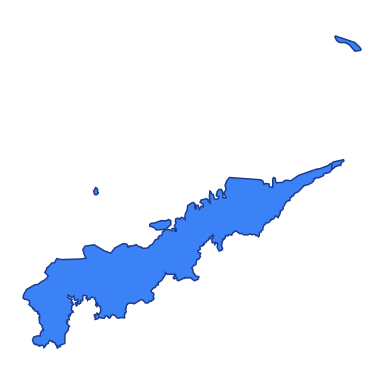 outline of Macuata, Northern, Fiji
{"feature_id": "14151628B42533076410957", "entity_name": "Macuata", "entity_type": "district", "adm_level": 2, "iso_a3": "FJI", "parent_name": "Fiji", "parent_adm1": "Northern", "projection": "robinson", "projection_center": [179.331, -16.232], "detail": "fine", "context": "isolated", "style": "filled", "palette": "blue", "viewbox_px": 384, "rotation_deg": 0, "n_neighbors": 0, "source": "geoboundaries", "source_scale": "gbopen_adm2", "svg_char_len": 5952}
<svg xmlns="http://www.w3.org/2000/svg" viewBox="0 0 384 384"><path d="M60.4,346.6L60.1,345.2L64.8,343.5L65.0,334.2L68.2,330.0L68.4,327.8L69.5,326.2L66.7,323.3L67.7,322.1L66.7,321.5L67.3,321.0L67.3,320.0L69.4,319.7L68.7,316.5L70.3,315.7L70.2,314.8L69.4,314.7L70.7,314.1L72.0,312.4L73.3,312.1L72.6,310.7L71.6,310.6L71.3,309.4L71.9,306.9L71.4,306.2L73.8,304.3L71.6,302.9L72.4,302.5L71.6,301.2L72.0,299.4L71.1,299.6L67.9,297.4L68.3,294.9L71.4,297.6L73.9,296.0L74.1,298.9L74.9,300.4L77.9,299.4L78.1,301.5L75.4,302.8L76.4,305.9L77.1,305.6L77.0,303.4L79.2,304.1L80.9,302.8L80.5,301.3L81.0,300.4L82.5,300.8L83.0,299.4L82.7,296.4L83.4,295.3L86.9,295.9L87.0,296.8L86.0,297.7L86.2,298.8L87.4,299.0L87.7,300.3L88.6,299.0L89.6,299.4L91.7,297.0L94.8,298.1L94.7,299.3L95.7,300.0L96.0,302.6L96.7,302.8L96.1,303.8L96.9,303.8L95.8,304.6L95.7,305.4L96.6,305.3L97.0,306.4L97.8,304.9L100.3,306.9L100.8,310.0L100.2,312.7L98.9,313.9L98.6,315.4L97.0,313.1L95.8,314.7L94.4,314.7L94.4,316.2L95.4,317.6L95.1,319.4L97.5,318.9L99.5,317.1L100.9,318.0L104.3,318.3L105.5,316.0L106.8,315.7L107.9,317.1L108.5,316.9L109.1,318.2L110.2,317.7L111.5,315.3L112.7,314.8L115.1,315.5L116.8,317.7L118.4,318.2L121.2,317.5L124.2,318.0L124.7,317.6L124.3,315.4L125.1,313.8L124.8,313.1L125.9,312.5L126.1,310.9L125.4,309.4L126.1,308.5L126.3,306.0L128.1,303.5L131.4,303.0L134.1,303.8L141.1,299.6L142.9,300.1L145.4,303.0L147.9,303.0L149.9,301.1L151.2,301.3L153.7,299.2L154.0,298.3L153.2,297.3L153.8,294.7L153.6,293.2L151.7,292.3L150.8,290.8L153.8,287.7L155.0,287.7L156.2,285.7L158.4,284.7L158.4,283.6L157.7,283.0L161.7,280.4L165.3,274.6L165.3,272.6L167.1,274.3L175.4,274.3L175.6,275.9L174.5,275.7L173.3,277.4L173.4,278.1L174.3,279.0L176.9,277.8L177.0,280.0L178.4,280.8L184.4,278.0L185.1,278.4L185.8,277.3L187.5,278.1L190.3,277.6L194.4,280.8L198.0,279.3L198.9,276.8L195.0,275.7L195.2,275.1L193.1,272.2L192.7,268.9L191.6,268.2L193.5,265.6L195.7,264.8L197.1,259.2L198.8,259.2L200.4,256.7L199.8,255.1L200.7,253.3L198.1,252.0L197.8,250.9L200.2,249.4L199.8,246.9L203.3,245.3L204.0,244.5L203.1,244.4L204.9,242.4L205.9,242.5L207.1,240.7L208.3,240.1L208.7,238.9L209.9,238.9L210.2,238.2L209.6,237.5L211.7,236.4L212.5,234.8L213.6,235.9L213.0,236.6L213.1,237.8L211.8,238.5L212.0,242.3L212.3,242.8L215.2,242.5L214.4,245.4L215.6,243.2L217.7,243.2L217.2,247.3L219.2,251.1L222.4,249.7L222.6,248.3L221.4,245.6L222.2,243.0L221.7,242.3L222.7,241.1L222.8,239.1L223.7,239.5L225.1,238.2L225.6,235.5L227.8,236.0L228.7,234.4L231.7,235.2L232.7,232.8L235.9,230.9L239.8,233.7L241.7,233.5L243.8,234.8L247.8,234.9L249.7,233.9L252.5,234.8L253.7,234.3L255.2,234.6L256.0,235.6L257.2,235.5L258.5,236.8L259.3,235.4L259.5,232.3L261.1,231.9L261.2,231.0L262.7,229.9L263.1,227.1L264.3,224.7L265.5,224.1L265.6,222.9L268.1,222.8L270.0,221.3L270.4,220.1L271.3,220.0L271.5,219.0L272.8,219.3L273.8,218.7L275.6,215.8L278.1,217.7L280.3,213.0L280.2,210.9L281.5,210.6L283.1,209.0L283.3,206.9L286.4,201.6L290.0,200.3L289.9,198.1L291.4,197.2L292.0,195.8L293.2,196.0L294.7,193.4L298.4,191.6L304.1,185.6L308.1,184.6L312.0,182.6L313.7,180.9L313.9,178.8L315.0,178.9L316.1,177.5L318.1,178.0L322.9,176.0L323.7,175.2L323.9,173.9L325.5,172.8L326.2,173.4L329.6,172.3L331.8,169.7L331.8,163.4L330.1,163.8L328.3,165.5L320.3,168.5L316.0,169.3L298.6,175.4L290.7,180.8L286.8,180.2L284.7,180.5L282.8,182.3L276.4,182.8L275.6,181.5L275.3,178.3L273.7,177.5L272.7,178.9L272.7,187.3L269.5,186.8L269.0,183.9L268.5,183.8L265.2,183.5L264.0,184.5L262.7,180.8L260.7,179.8L229.4,177.5L226.7,180.9L225.0,185.5L226.0,188.2L225.9,189.9L224.1,192.7L224.3,194.5L226.1,197.4L225.9,198.0L223.0,197.7L222.6,191.7L221.3,189.4L219.0,189.5L217.2,191.6L216.3,195.8L218.7,196.8L218.7,197.9L217.4,199.2L214.3,199.0L213.3,194.6L211.9,194.1L210.7,191.6L209.9,191.1L209.4,196.8L210.2,203.0L208.2,201.2L208.2,199.8L206.4,198.7L201.0,200.1L200.1,202.3L203.2,204.3L203.3,206.8L201.3,206.1L199.3,209.2L198.2,205.4L195.9,205.3L196.2,209.0L195.1,208.5L194.6,206.5L195.1,204.1L193.6,202.5L192.3,202.6L187.7,205.6L187.1,210.3L185.5,213.5L184.9,216.4L185.2,219.5L182.3,217.4L180.8,217.7L179.8,219.2L177.8,218.1L175.8,218.9L175.3,221.2L176.1,222.8L174.3,226.0L176.2,229.3L176.2,231.5L174.8,231.4L174.6,229.0L173.3,228.4L172.0,228.7L171.8,230.8L169.1,229.6L166.1,229.5L162.5,231.9L161.9,235.4L159.9,235.5L158.2,237.1L158.6,238.5L155.2,239.9L152.5,244.4L150.2,245.3L147.6,248.0L142.9,248.4L141.2,247.0L138.9,246.7L136.3,244.7L131.7,246.1L129.8,245.8L128.8,247.2L127.6,246.7L127.9,245.9L126.6,244.0L123.1,243.6L114.8,248.0L110.9,253.2L104.2,250.8L94.3,244.8L85.1,246.1L82.9,249.4L84.0,254.0L86.0,258.1L81.0,259.0L61.5,259.6L56.7,258.6L54.2,263.1L51.8,262.9L48.6,266.7L46.8,267.9L46.6,269.4L44.8,272.4L48.2,275.8L46.8,278.1L44.9,279.8L40.5,282.3L38.4,284.3L34.4,284.9L26.5,289.5L23.7,294.7L23.0,297.9L24.5,299.2L27.6,299.8L29.3,300.9L29.7,303.2L28.9,304.4L32.7,307.8L32.9,308.7L33.5,308.3L34.5,308.9L34.3,310.4L37.0,311.8L38.0,311.5L38.3,312.3L37.7,312.5L37.9,313.4L38.3,314.2L39.3,314.2L39.7,315.7L38.9,317.6L39.8,318.1L39.2,319.1L39.6,323.0L42.2,325.8L42.2,327.2L43.6,330.1L43.3,330.6L42.4,330.1L41.1,331.7L40.3,333.8L40.3,335.9L37.1,335.9L33.8,337.1L32.5,339.8L33.7,343.4L35.4,344.7L36.4,344.2L37.9,345.5L39.2,345.4L39.4,346.1L42.0,345.1L43.4,345.8L44.0,347.6L45.7,345.7L45.8,344.5L48.4,343.4L48.3,342.1L49.8,340.3L52.0,341.7L52.5,341.3L53.0,342.3L55.1,342.7L55.8,344.9L57.5,345.6L56.8,346.3L57.2,347.9L57.8,348.0L58.0,347.0L60.4,346.6ZM170.8,220.6L168.4,219.5L166.6,220.7L160.9,220.7L154.9,222.9L150.8,223.4L149.7,224.6L149.8,226.2L153.9,227.5L156.5,230.0L165.4,229.3L170.8,224.7L170.8,220.6ZM354.7,42.5L335.6,36.0L334.8,36.9L336.6,40.4L339.2,42.4L345.3,42.7L349.3,44.7L354.9,51.2L360.6,50.3L361.0,49.1L359.5,47.0L354.7,42.5ZM343.5,159.7L333.5,161.9L331.8,163.4L331.8,169.7L335.4,166.7L339.8,165.1L340.7,165.4L341.3,162.9L343.9,160.8L343.5,159.7ZM96.7,194.7L98.3,193.2L98.3,192.5L97.7,191.9L97.5,189.1L95.8,187.5L93.6,191.1L94.7,194.6L96.7,194.7Z" fill="#3b82f6" stroke="#1e3a8a" stroke-width="1.5"/></svg>